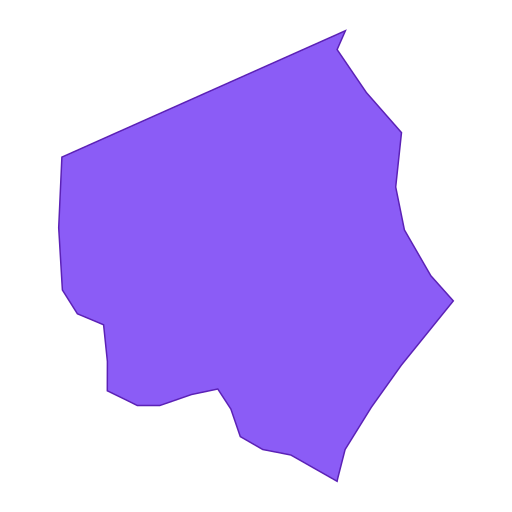 Geumjeong-gu, Busan, South Korea (Robinson projection)
{"feature_id": "91817680B87761816793360", "entity_name": "Geumjeong-gu", "entity_type": "district", "adm_level": 2, "iso_a3": "KOR", "parent_name": "South Korea", "parent_adm1": "Busan", "projection": "robinson", "projection_center": [129.093, 35.254], "detail": "fine", "context": "isolated", "style": "filled", "palette": "violet", "viewbox_px": 512, "rotation_deg": 0, "n_neighbors": 0, "source": "geoboundaries", "source_scale": "gbopen_adm2", "svg_char_len": 484}
<svg xmlns="http://www.w3.org/2000/svg" viewBox="0 0 512 512"><path d="M345.4,30.7L61.9,157.1L58.7,227.7L62.4,290.0L77.4,313.8L103.6,324.8L107.4,361.5L107.3,390.8L121.3,397.6L137.3,405.5L159.8,405.5L191.6,394.5L217.8,389.0L230.9,409.1L240.3,436.6L262.7,449.5L290.8,455.0L337.1,481.3L337.6,478.8L345.1,449.5L371.3,407.3L401.3,365.2L453.3,300.9L430.8,275.7L404.4,229.9L395.7,187.0L401.5,132.6L366.4,92.6L337.1,49.6L345.4,30.7Z" fill="#8b5cf6" stroke="#5b21b6" stroke-width="1.5"/></svg>